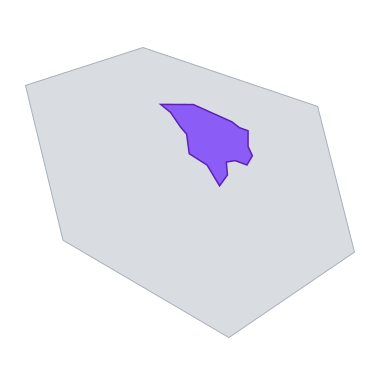 Faetano on a map of San Marino (Equal Earth projection), rotated 265°
{"feature_id": "SMR-4888", "entity_name": "Faetano", "entity_type": "state/province", "adm_level": 1, "iso_a3": "SMR", "parent_name": "San Marino", "parent_adm1": "", "projection": "equal_earth", "projection_center": [12.476, 43.936], "detail": "fine", "context": "in_parent", "style": "filled", "palette": "violet", "viewbox_px": 384, "rotation_deg": 265, "n_neighbors": 0, "source": "natural_earth", "source_scale": "10m", "svg_char_len": 542}
<svg xmlns="http://www.w3.org/2000/svg" viewBox="0 0 384 384"><g transform="rotate(265 192 192)"><path d="M266.3,324.6L118.0,348.6L43.8,216.0L155.2,59.3L312.7,35.4L340.2,155.7L266.3,324.6Z" fill="#d9dde1" stroke="#a8b0b8" stroke-width="1"/><path d="M282.0,168.4L279.0,201.0L260.8,233.6L258.5,237.8L252.0,244.8L248.1,253.2L232.4,251.8L222.9,255.3L214.1,249.1L219.5,237.7L218.8,228.8L205.9,228.8L195.7,220.0L217.5,209.4L230.4,192.6L250.1,191.7L257.5,186.4L273.1,177.6L282.0,168.4Z" fill="#8b5cf6" stroke="#5b21b6" stroke-width="1.5"/></g></svg>